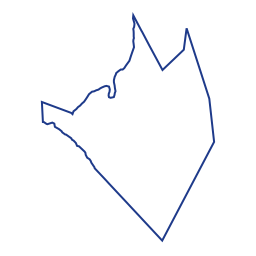 San Miguel Santa Flor, Oaxaca, Mexico
{"feature_id": "50627088B38442506685774", "entity_name": "San Miguel Santa Flor", "entity_type": "district", "adm_level": 2, "iso_a3": "MEX", "parent_name": "Mexico", "parent_adm1": "Oaxaca", "projection": "equal_earth", "projection_center": [-96.811, 17.921], "detail": "fine", "context": "isolated", "style": "outline", "palette": "blue", "viewbox_px": 256, "rotation_deg": 0, "n_neighbors": 0, "source": "geoboundaries", "source_scale": "gbopen_adm2", "svg_char_len": 1314}
<svg xmlns="http://www.w3.org/2000/svg" viewBox="0 0 256 256"><path d="M162.2,240.6L214.1,141.9L209.3,98.7L200.2,70.4L186.6,28.3L183.8,49.7L162.5,70.0L154.1,54.4L149.3,45.5L142.2,32.0L141.3,30.5L138.3,24.8L133.3,15.4L133.0,18.5L134.1,22.2L134.5,23.8L134.1,27.0L133.3,28.9L133.6,31.1L133.7,33.3L133.7,36.4L133.9,38.1L133.4,39.8L133.3,41.5L133.6,43.6L134.0,47.2L132.1,52.6L130.9,56.1L129.4,60.8L127.2,63.8L125.9,65.6L125.0,67.0L124.3,68.1L122.7,69.5L120.8,69.5L118.4,71.2L116.2,73.1L115.8,74.5L114.7,76.8L113.9,80.1L113.9,82.2L114.6,85.4L114.9,88.0L115.5,91.2L114.8,93.1L114.5,95.0L113.8,97.1L110.6,97.8L109.0,97.2L108.6,95.6L108.8,93.6L109.5,91.9L109.8,89.4L109.0,86.6L106.4,85.9L104.6,86.3L101.6,87.6L100.0,88.5L98.5,89.6L96.2,90.3L94.2,91.3L92.0,91.7L88.9,94.3L88.7,94.7L87.4,96.8L86.1,98.8L84.1,101.7L81.9,103.6L80.1,105.6L78.0,107.1L76.3,109.1L73.5,111.3L72.5,114.1L71.2,112.9L41.9,102.0L42.9,122.0L43.9,122.1L46.5,123.9L47.4,124.2L52.3,122.6L54.3,123.6L54.9,126.8L59.1,129.2L61.7,131.3L62.2,132.3L65.2,134.5L66.1,134.6L71.3,138.3L72.0,139.7L73.6,140.6L75.8,142.9L77.1,145.9L79.0,146.3L82.9,150.0L84.6,151.6L85.4,152.8L85.7,154.8L87.2,157.7L89.5,159.2L90.7,160.9L91.3,162.6L94.4,167.2L94.7,168.3L105.9,180.2L109.0,183.6L120.4,195.8L120.6,196.0L162.2,240.6Z" fill="none" stroke="#1e3a8a" stroke-width="2"/></svg>